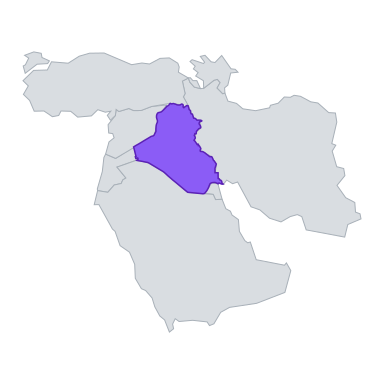 Iraq highlighted, Robinson projection
{"feature_id": "IRQ", "entity_name": "Iraq", "entity_type": "country or territory", "adm_level": 0, "iso_a3": "IRQ", "parent_name": "Asia", "parent_adm1": "", "projection": "robinson", "projection_center": [44.579, 33.218], "detail": "fine", "context": "with_neighbors", "style": "filled", "palette": "violet", "viewbox_px": 384, "rotation_deg": 0, "n_neighbors": 7, "source": "natural_earth", "source_scale": "50m", "svg_char_len": 6347}
<svg xmlns="http://www.w3.org/2000/svg" viewBox="0 0 384 384"><path d="M103.9,157.5L105.6,154.1L115.6,158.4L133.8,146.8L137.2,160.0L117.0,167.1L125.9,178.0L122.8,179.9L121.2,183.5L114.2,185.0L107.8,192.3L97.6,190.6L97.3,189.0L102.3,171.6L103.9,157.5Z" fill="#d9dde1" stroke="#a8b0b8" stroke-width="1"/><path d="M217.9,183.8L222.1,199.3L215.5,199.6L213.2,194.4L204.9,193.4L211.7,182.9L217.9,183.8Z" fill="#d9dde1" stroke="#a8b0b8" stroke-width="1"/><path d="M223.3,184.4L218.2,178.6L218.0,172.8L215.1,172.8L216.5,165.0L211.7,156.7L200.5,150.7L194.1,140.4L196.2,131.9L200.8,128.1L200.1,121.8L194.1,118.5L183.4,96.9L185.1,93.6L182.4,81.1L188.4,78.0L189.8,82.1L194.3,87.1L200.5,88.6L203.7,88.3L214.1,80.2L217.4,79.4L220.1,82.6L217.1,88.0L222.7,93.7L224.9,93.1L227.9,101.1L236.5,103.4L242.8,108.8L255.6,110.7L269.6,107.8L270.4,105.3L278.2,103.2L284.3,97.0L290.3,97.3L294.1,95.3L300.5,96.3L310.7,101.8L317.9,103.0L328.7,112.6L335.4,113.0L336.8,122.1L331.8,143.6L335.8,145.2L332.2,151.1L336.7,166.7L343.7,168.5L344.9,175.6L337.0,185.4L345.7,197.7L354.8,202.5L355.5,212.1L360.0,213.8L361.0,218.9L347.8,224.5L344.7,237.1L306.2,229.9L301.8,216.6L297.3,214.6L290.2,216.6L281.0,221.9L269.5,218.2L259.9,209.9L251.0,206.8L237.6,182.0L232.6,183.7L226.7,180.1L223.3,184.4Z" fill="#d9dde1" stroke="#a8b0b8" stroke-width="1"/><path d="M105.6,154.1L109.0,141.9L114.1,137.8L112.7,133.6L108.7,133.0L108.1,124.7L115.4,115.5L116.1,109.4L118.9,111.5L128.9,108.5L133.7,110.6L141.1,110.5L151.5,106.5L166.5,105.0L161.9,111.7L156.9,114.4L157.7,122.3L154.1,135.5L115.6,158.4L105.6,154.1Z" fill="#d9dde1" stroke="#a8b0b8" stroke-width="1"/><path d="M188.3,105.6L184.0,107.4L180.8,104.7L170.4,103.3L151.5,106.5L141.1,110.5L133.7,110.6L128.9,108.5L118.9,111.5L116.1,109.4L115.4,115.5L110.4,120.2L107.3,115.3L110.8,111.2L105.3,112.2L97.8,109.7L91.4,115.9L77.7,117.1L70.7,111.3L61.0,111.0L58.7,115.5L52.4,116.7L44.0,111.0L34.2,111.2L29.6,100.4L23.4,94.4L28.3,85.9L23.0,80.7L33.6,70.4L47.3,70.0L51.5,61.8L68.2,63.2L79.2,56.2L89.6,53.2L104.1,53.0L131.6,64.7L141.9,63.0L149.5,64.0L160.0,58.4L169.3,57.9L177.8,63.2L179.2,67.0L178.4,72.2L188.4,78.0L182.4,81.1L185.1,93.6L183.4,96.9L188.3,105.6ZM24.6,55.3L33.8,51.9L41.2,53.3L42.0,57.5L49.4,60.9L47.6,63.6L37.1,64.2L25.2,73.3L23.2,66.0L25.4,64.8L28.7,58.1L24.6,55.3Z" fill="#d9dde1" stroke="#a8b0b8" stroke-width="1"/><path d="M200.3,56.4L205.0,55.3L211.1,61.8L215.0,62.5L221.7,55.5L231.0,68.8L235.2,69.3L238.0,72.2L230.7,73.0L227.8,85.2L224.6,87.8L224.9,93.1L222.7,93.7L217.1,88.0L220.1,82.6L217.4,79.4L214.1,80.2L203.7,88.3L203.4,80.7L195.7,76.0L198.1,72.6L193.4,68.9L195.2,66.2L190.0,61.5L192.1,59.7L203.5,63.5L204.6,62.2L200.3,56.4ZM200.5,88.6L194.3,87.1L189.8,82.1L188.4,78.0L190.3,77.7L192.9,80.6L196.8,80.6L200.5,88.6Z" fill="#d9dde1" stroke="#a8b0b8" stroke-width="1"/><path d="M97.6,190.6L107.8,192.3L114.2,185.0L121.2,183.5L122.8,179.9L125.9,178.0L117.0,167.1L137.2,160.0L148.2,163.0L161.8,170.6L187.7,192.5L213.2,194.4L215.5,199.6L222.1,199.3L225.8,208.7L230.4,211.2L232.0,215.0L238.4,219.6L239.4,231.4L244.8,240.6L247.7,242.8L250.3,242.0L256.2,259.7L284.5,265.2L286.4,262.9L290.8,270.6L284.9,292.4L256.7,303.3L229.5,307.4L220.7,312.3L213.9,323.8L209.5,325.6L207.1,321.9L192.6,320.3L179.1,321.5L175.2,318.7L172.6,324.1L173.6,328.7L169.4,332.1L164.6,319.9L159.8,316.0L154.8,306.8L152.1,298.0L145.6,290.5L141.4,288.7L135.3,278.3L134.7,264.3L129.5,252.2L120.1,245.7L115.1,231.4L112.4,229.0L98.9,204.6L94.2,204.7L97.6,190.6Z" fill="#d9dde1" stroke="#a8b0b8" stroke-width="1"/><path d="M166.6,106.3L167.5,106.1L169.1,104.8L170.0,103.5L170.3,103.4L171.2,103.8L171.8,103.9L173.2,103.5L174.0,103.7L174.7,104.0L175.1,104.0L177.0,104.8L177.5,104.9L178.4,105.0L179.9,105.0L180.8,104.5L181.4,104.1L181.9,104.1L182.4,104.2L182.7,104.4L183.0,104.7L183.2,105.3L183.1,106.9L183.3,107.3L183.5,107.6L183.9,107.7L184.2,107.3L184.9,106.8L185.8,106.3L186.4,105.7L186.8,105.5L187.3,105.6L187.9,105.7L188.2,105.9L188.2,106.0L188.5,106.8L189.2,109.6L189.7,110.0L190.1,110.3L190.5,110.7L190.6,111.2L190.6,111.8L190.6,112.6L190.8,113.2L191.1,113.6L191.3,113.9L191.7,113.9L192.2,114.0L192.5,114.4L193.5,117.7L193.6,118.1L194.0,118.3L194.7,118.2L195.4,118.6L196.1,119.1L196.9,120.1L197.3,120.2L198.8,120.1L200.9,120.2L201.8,120.8L201.7,121.1L201.0,121.4L199.7,121.8L199.3,122.6L199.1,123.5L199.2,124.0L199.5,124.5L200.4,125.7L200.4,126.1L200.6,126.6L200.8,127.0L200.6,127.8L199.8,128.3L198.7,128.8L196.5,131.3L196.3,131.9L196.3,133.4L196.1,133.8L195.4,133.8L194.9,133.7L194.9,134.2L194.5,134.9L194.3,135.5L195.1,136.9L195.3,137.7L195.2,138.4L194.4,139.6L194.0,140.3L194.1,140.5L194.7,140.8L196.5,143.4L197.1,144.4L197.9,144.1L198.1,144.1L198.4,144.3L198.5,144.6L198.5,145.0L198.3,145.6L199.3,145.8L199.7,146.4L200.8,148.4L200.8,149.0L200.2,150.0L200.2,150.6L200.3,151.2L200.5,151.4L202.2,151.5L202.9,151.7L204.7,152.7L206.7,154.3L208.4,155.6L209.8,156.7L211.3,156.6L211.7,156.8L212.1,157.2L212.5,158.1L213.4,160.2L214.1,160.8L215.3,162.5L216.3,164.0L215.7,166.1L215.0,168.3L215.0,171.1L215.0,172.7L216.5,172.7L218.1,172.8L218.1,174.6L218.1,176.4L218.2,178.5L218.7,178.6L219.4,179.0L219.7,179.7L220.1,180.1L220.6,180.1L221.1,180.5L221.6,181.1L221.8,181.5L221.7,181.8L221.8,182.4L222.1,183.2L222.5,183.5L223.1,184.0L222.3,184.2L221.4,184.0L219.4,183.1L218.8,183.1L217.9,183.4L217.9,183.7L215.8,182.7L215.1,182.5L214.8,182.5L213.6,182.5L211.9,182.7L210.9,183.1L210.2,183.6L209.9,184.0L209.3,185.5L208.7,187.1L208.0,188.6L206.8,190.7L206.1,191.6L204.6,193.4L203.0,193.8L199.2,193.4L195.0,193.0L190.9,192.6L187.8,192.3L187.6,192.2L184.5,189.7L182.1,187.7L179.1,185.2L176.0,182.6L172.9,180.1L170.7,178.2L167.9,175.8L165.5,173.5L163.5,171.8L161.0,170.3L159.0,169.1L156.2,167.4L153.9,166.0L151.9,164.8L148.9,163.0L147.9,162.5L144.8,161.9L141.9,161.3L138.8,160.8L136.8,160.4L138.1,159.1L137.7,158.0L136.8,158.2L135.8,158.5L135.3,156.7L136.0,156.4L135.4,154.1L134.8,151.6L134.2,149.3L133.6,146.9L136.2,145.3L138.2,144.2L140.9,142.6L143.5,141.0L146.0,139.5L148.7,137.9L151.2,136.4L153.4,135.8L153.9,135.4L154.9,133.4L155.8,131.7L155.9,131.3L155.9,128.9L156.1,126.0L156.4,124.5L156.9,123.2L157.4,122.2L157.4,121.3L157.4,120.4L156.9,119.0L156.5,117.5L156.5,116.1L156.6,115.3L157.0,114.1L157.5,113.3L158.1,112.7L160.2,112.2L161.4,111.8L163.1,110.3L164.1,109.3L165.5,107.9L166.5,106.8L166.6,106.4L166.6,106.3Z" fill="#8b5cf6" stroke="#5b21b6" stroke-width="1.5"/></svg>